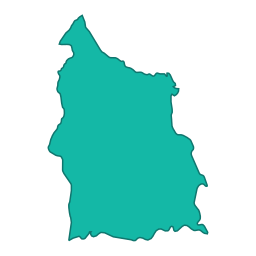 outline of Si Sa Ket
{"feature_id": "THA-425", "entity_name": "Si Sa Ket", "entity_type": "Province", "adm_level": 1, "iso_a3": "THA", "parent_name": "Thailand", "parent_adm1": "", "projection": "natural_earth1", "projection_center": [104.414, 14.961], "detail": "fine", "context": "isolated", "style": "filled", "palette": "teal", "viewbox_px": 256, "rotation_deg": 0, "n_neighbors": 0, "source": "natural_earth", "source_scale": "10m", "svg_char_len": 4483}
<svg xmlns="http://www.w3.org/2000/svg" viewBox="0 0 256 256"><path d="M195.0,230.5L193.9,230.4L191.3,228.9L189.2,227.0L187.0,225.5L184.3,225.2L182.2,226.4L177.4,230.8L175.0,231.3L173.9,230.3L173.1,227.0L171.8,226.3L170.5,226.9L168.9,229.9L167.9,230.8L165.2,230.9L161.2,229.0L158.7,229.1L156.2,230.7L154.4,233.4L152.9,236.2L151.1,238.5L147.9,240.0L145.3,239.4L142.8,238.1L139.9,237.5L138.2,238.0L136.9,239.0L135.9,240.1L135.0,240.6L134.5,240.6L133.5,240.6L132.5,240.3L131.4,239.8L113.3,236.8L104.7,232.8L100.9,232.4L98.5,233.9L96.4,235.8L93.5,236.7L91.6,235.9L90.7,234.2L90.5,232.5L91.0,231.9L89.7,231.8L89.3,232.4L89.1,233.3L85.1,238.3L83.9,238.9L81.9,238.9L80.8,237.9L80.0,236.8L79.0,236.3L73.2,238.1L68.7,240.6L68.8,240.5L71.4,222.5L70.8,218.2L70.5,216.9L70.2,216.4L69.5,212.8L68.9,207.9L68.8,205.7L68.9,204.2L69.8,201.8L71.4,190.6L71.4,185.2L71.0,183.9L70.7,183.4L64.0,173.6L62.8,171.1L62.6,170.0L62.7,160.7L62.6,159.4L61.5,157.3L61.2,156.9L60.8,156.4L60.2,156.2L58.9,155.9L58.2,155.9L56.9,155.6L55.7,155.2L50.2,151.9L49.7,151.3L49.2,150.5L48.5,148.9L48.3,147.9L48.3,147.1L48.8,146.0L49.2,145.5L49.7,144.1L50.8,139.5L51.3,138.3L51.6,137.7L52.3,135.9L54.1,132.7L57.0,129.2L57.5,128.0L57.7,126.6L57.9,126.0L58.2,125.4L58.5,125.0L60.4,123.7L60.8,123.2L61.0,122.6L61.3,121.7L61.5,119.6L61.6,119.1L61.8,118.7L62.6,118.0L63.0,117.7L63.5,117.0L64.0,115.8L64.4,113.5L64.3,110.7L64.1,109.3L63.7,108.5L62.6,107.3L61.7,103.3L61.0,97.4L60.5,95.0L60.0,93.5L59.0,92.8L58.4,92.3L57.8,91.6L57.2,90.0L57.0,89.0L57.1,88.1L57.5,86.6L57.8,85.3L57.9,82.9L58.2,81.7L58.6,81.0L59.0,80.2L59.4,79.2L59.9,77.0L59.8,75.9L59.5,75.1L59.0,74.5L58.6,73.8L58.1,72.5L58.1,71.7L58.4,71.2L58.9,71.1L59.5,71.1L60.1,70.9L60.5,70.7L61.0,70.2L61.2,69.7L61.5,68.7L61.8,68.4L62.6,68.0L63.1,67.5L63.6,66.7L63.9,65.2L64.3,64.4L64.8,63.9L65.3,63.6L65.8,63.2L66.1,62.4L66.2,61.6L66.5,61.0L66.8,60.5L68.0,59.3L68.5,58.9L69.5,58.4L71.7,57.6L72.3,57.3L72.8,56.7L73.2,56.0L73.8,54.6L73.7,52.8L72.4,50.5L71.9,47.8L71.3,45.7L69.5,44.6L67.0,44.4L61.6,44.5L59.3,44.1L60.3,41.2L65.9,33.0L69.2,30.1L70.7,27.9L71.5,25.8L73.0,23.8L74.2,21.5L75.0,20.6L75.7,20.3L76.4,20.1L77.6,19.4L78.4,18.1L79.9,16.8L82.2,15.4L84.8,22.0L85.6,27.3L89.3,31.6L100.4,50.0L102.0,52.0L104.1,53.1L105.1,53.9L108.5,56.8L109.5,57.4L110.1,57.6L110.7,57.7L115.5,57.8L116.5,58.2L117.7,58.8L119.8,60.5L120.9,61.2L121.8,61.4L122.3,61.2L123.0,61.1L123.5,61.4L123.9,61.9L124.1,62.4L124.3,63.2L124.4,64.1L124.8,65.4L125.2,66.2L125.8,66.7L126.2,67.0L128.1,67.6L129.4,67.8L130.5,68.2L131.0,68.4L133.0,69.7L135.1,71.7L135.5,72.0L136.0,72.3L137.4,72.4L140.1,72.2L141.1,72.3L141.5,72.4L142.0,72.6L144.5,74.1L145.1,74.3L146.3,74.6L147.0,74.7L147.6,74.6L149.0,74.0L149.3,74.0L149.6,74.0L150.4,74.5L152.3,75.8L152.8,76.1L153.4,76.1L153.9,76.0L154.4,75.7L155.4,74.5L155.8,73.9L156.0,73.8L156.2,73.5L156.7,73.2L157.2,73.1L157.8,73.2L159.0,73.6L160.3,73.9L164.4,73.9L164.6,74.0L166.2,76.0L166.7,76.3L167.1,76.1L167.2,75.5L166.9,74.0L166.9,73.8L167.0,73.6L167.1,73.1L168.1,73.2L168.8,73.3L170.2,74.9L172.1,79.1L171.9,78.8L173.3,81.6L174.0,82.4L174.7,82.9L175.3,83.7L175.5,85.5L173.3,86.7L174.8,88.0L176.6,88.6L178.7,88.7L178.5,91.2L177.6,93.1L176.3,94.6L174.4,95.8L172.0,94.2L171.2,95.4L171.1,95.8L171.0,96.5L171.0,101.9L172.1,109.0L172.2,110.9L172.2,112.3L171.5,114.1L171.3,114.7L171.2,115.5L171.6,119.8L171.6,120.7L172.0,126.0L172.9,128.4L175.6,133.0L176.3,133.8L176.8,134.2L177.2,134.5L177.8,134.7L178.4,134.8L181.0,134.8L182.3,135.1L183.4,135.5L187.1,137.5L189.9,139.5L190.6,140.3L190.9,140.8L193.4,146.5L193.5,147.2L193.6,148.0L193.3,149.3L192.8,150.0L192.0,150.9L191.7,151.4L191.5,152.0L191.3,152.7L191.2,153.5L191.3,154.6L191.7,155.9L199.1,172.9L199.4,173.4L199.7,173.9L200.2,174.3L200.7,174.6L201.2,174.8L202.4,175.2L202.9,175.4L203.4,175.8L203.8,176.2L204.1,176.8L204.4,177.4L207.1,185.1L207.2,185.7L207.1,186.1L206.4,186.3L205.9,186.2L205.4,185.9L204.2,184.7L203.8,184.3L203.3,184.1L202.6,183.9L202.0,183.9L201.4,184.0L200.8,184.2L199.3,185.1L198.9,185.5L198.5,185.9L197.6,187.4L197.3,187.9L196.9,189.2L194.1,202.7L194.3,203.8L194.8,205.2L198.1,209.5L198.5,209.9L198.8,210.5L199.2,211.5L199.7,213.2L200.3,216.2L200.3,217.7L200.2,218.8L199.7,219.9L199.3,220.4L197.7,222.4L197.5,222.7L197.3,223.2L197.3,223.8L197.6,224.4L197.9,224.8L198.9,225.0L199.5,224.9L200.2,224.7L201.6,224.5L202.2,224.5L202.9,224.7L204.4,226.2L207.7,232.3L207.3,233.8L204.5,233.3L203.2,232.6L200.7,230.6L199.5,230.0L198.0,230.0L195.0,230.5Z" fill="#14b8a6" stroke="#0f766e" stroke-width="1.5"/></svg>